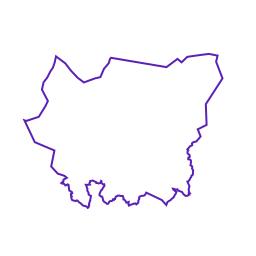 outline of Kynousa, Paphos, Cyprus, rotated 351°
{"feature_id": "46923920B40199798035412", "entity_name": "Kynousa", "entity_type": "district", "adm_level": 2, "iso_a3": "CYP", "parent_name": "Cyprus", "parent_adm1": "Paphos", "projection": "natural_earth1", "projection_center": [32.509, 35.034], "detail": "fine", "context": "isolated", "style": "outline", "palette": "violet", "viewbox_px": 256, "rotation_deg": 351, "n_neighbors": 0, "source": "geoboundaries", "source_scale": "gbopen_adm2", "svg_char_len": 2968}
<svg xmlns="http://www.w3.org/2000/svg" viewBox="0 0 256 256"><g transform="rotate(351 128 128)"><path d="M227.8,70.5L219.6,67.5L211.2,67.2L197.7,67.0L191.2,71.5L187.7,67.5L175.5,73.9L122.2,56.0L120.9,57.2L119.0,61.1L113.5,65.8L108.7,73.4L102.6,73.9L91.6,76.1L86.2,70.6L80.6,62.4L76.2,54.3L68.1,46.0L65.8,51.9L63.2,56.8L60.3,59.8L56.1,65.6L51.8,69.6L49.0,76.6L53.1,88.8L49.6,93.8L41.6,103.0L28.6,105.1L26.9,104.2L33.7,127.4L51.8,138.7L46.1,154.0L51.5,162.1L57.6,165.2L59.8,167.6L56.2,168.9L55.9,170.5L53.9,171.7L53.5,172.0L54.0,172.4L54.7,172.8L55.6,172.6L56.5,173.7L56.9,174.3L57.1,174.9L57.8,174.8L58.5,174.8L59.4,174.2L59.6,174.2L60.4,174.8L60.3,176.1L60.3,178.3L60.1,179.2L60.3,180.6L62.5,182.4L62.8,183.5L62.4,184.0L61.4,184.0L61.2,184.8L61.1,185.6L61.8,186.8L61.0,187.5L61.2,188.0L61.3,190.0L61.5,190.3L62.4,190.9L65.0,192.0L65.9,191.5L66.5,191.6L67.3,192.5L67.7,193.3L69.2,194.7L70.1,195.8L71.2,197.3L72.0,197.8L74.6,198.9L75.7,200.6L76.2,200.4L76.5,199.9L76.9,199.7L77.1,199.2L77.3,198.2L77.7,197.9L77.6,197.1L77.7,196.5L78.5,195.4L78.8,194.2L79.4,193.7L79.6,192.7L80.8,189.3L78.7,187.6L78.9,185.7L78.0,183.5L78.4,181.2L78.0,180.3L78.0,179.0L77.5,177.5L79.3,177.8L81.5,177.9L81.3,177.4L81.3,176.3L82.0,175.6L82.3,174.5L85.0,174.4L88.2,176.6L88.1,177.4L89.8,177.8L90.5,178.2L91.9,178.1L93.2,176.0L93.4,176.2L93.4,178.3L94.0,179.2L94.8,180.0L95.7,179.9L95.8,181.3L93.1,184.1L92.9,184.8L91.6,185.4L89.7,188.4L89.3,189.8L90.3,191.2L91.8,191.8L91.9,193.3L92.1,194.5L92.1,195.8L93.0,197.3L93.9,198.0L95.5,199.7L96.7,199.6L97.5,198.5L97.9,198.0L98.5,197.5L99.0,197.5L100.4,197.5L101.0,197.4L102.1,196.1L102.8,196.8L103.3,196.1L103.5,196.3L104.1,196.2L105.1,194.0L107.3,193.2L107.8,193.4L109.2,193.4L110.1,194.0L112.2,194.3L112.6,196.2L112.3,197.8L113.1,198.1L114.0,199.4L114.7,201.5L117.1,201.1L116.5,203.3L116.8,204.8L117.3,204.7L117.9,204.3L119.7,204.1L121.2,203.8L122.1,203.5L122.5,203.8L123.8,203.7L124.3,204.7L125.8,203.9L126.5,203.3L126.9,201.2L128.1,199.7L127.9,199.2L128.5,197.7L130.9,197.1L132.2,197.3L133.1,197.3L134.2,196.8L135.2,195.7L135.9,194.7L150.1,204.4L153.8,210.0L155.3,207.4L156.6,206.7L158.9,205.8L160.4,204.6L162.3,203.6L163.8,201.4L164.9,200.4L165.8,198.7L164.5,197.5L164.1,196.7L163.3,196.2L162.9,195.0L163.7,195.2L164.5,195.9L166.3,196.4L167.2,196.3L167.7,197.6L171.4,199.7L172.5,202.1L174.2,204.0L176.2,204.3L177.3,203.4L178.1,203.4L177.8,202.3L177.9,201.7L178.7,201.9L178.4,201.2L178.2,198.4L179.6,195.1L178.3,190.2L179.4,190.0L181.0,188.4L181.8,187.2L182.9,186.1L183.3,184.9L184.4,184.6L184.9,183.6L185.2,182.1L185.7,179.9L184.9,178.1L185.4,176.5L185.0,175.4L183.9,174.7L184.5,172.7L185.0,171.0L185.0,169.7L184.0,168.7L182.6,168.3L183.0,166.7L184.5,166.2L184.5,164.1L183.6,163.4L182.8,162.0L183.3,160.1L184.1,159.4L183.3,158.4L186.6,155.7L188.0,155.3L188.7,155.1L188.8,153.1L190.4,152.2L193.4,152.0L198.4,147.7L196.7,140.2L206.1,137.2L208.6,116.6L229.1,93.8L225.4,76.3L227.8,70.5Z" fill="none" stroke="#5b21b6" stroke-width="2"/></g></svg>